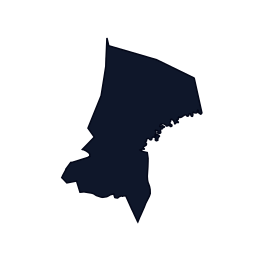 Gawler, South Australia, Australia, rotated 161°
{"feature_id": "25037944B32211395389119", "entity_name": "Gawler", "entity_type": "district", "adm_level": 2, "iso_a3": "AUS", "parent_name": "Australia", "parent_adm1": "South Australia", "projection": "natural_earth1", "projection_center": [138.712, -34.621], "detail": "fine", "context": "isolated", "style": "filled", "palette": "ink", "viewbox_px": 256, "rotation_deg": 161, "n_neighbors": 0, "source": "geoboundaries", "source_scale": "gbopen_adm2", "svg_char_len": 5374}
<svg xmlns="http://www.w3.org/2000/svg" viewBox="0 0 256 256"><g transform="rotate(161 128 128)"><path d="M163.1,66.6L162.4,66.2L162.2,65.9L160.8,65.3L160.6,65.2L160.2,65.3L159.3,65.7L158.7,65.9L158.0,65.9L157.2,66.0L156.3,65.9L156.0,65.7L155.6,65.3L155.2,65.2L154.7,65.3L152.4,64.7L152.2,64.7L150.9,50.4L150.3,45.3L150.3,44.8L149.8,40.1L149.6,38.6L149.5,37.0L149.3,36.0L145.8,40.0L144.8,41.0L138.4,47.9L135.7,51.1L130.2,56.4L128.3,58.8L127.1,62.7L126.7,65.6L126.7,68.3L126.8,69.6L126.6,71.6L126.4,72.7L125.7,75.3L125.4,76.3L121.9,84.7L121.1,86.8L120.0,89.7L118.9,92.8L118.8,93.3L117.8,98.5L121.2,100.6L122.0,101.3L123.2,102.5L122.9,102.6L123.6,103.3L122.5,103.5L122.1,103.1L121.6,103.3L121.3,103.4L121.0,103.4L120.6,103.3L120.2,102.9L119.8,102.7L119.5,102.7L119.4,102.8L119.4,103.1L119.6,103.4L119.9,104.0L120.0,104.2L120.0,104.4L119.8,104.8L119.6,105.1L119.4,105.2L119.1,105.3L117.9,105.5L117.0,105.7L116.6,105.8L116.2,106.1L116.1,106.3L115.8,106.7L115.7,106.9L115.7,107.1L115.7,107.5L116.2,108.6L116.2,109.0L116.0,109.3L115.4,109.6L115.2,109.6L114.8,109.7L114.7,109.9L114.4,110.6L114.2,111.2L113.9,111.4L113.7,111.5L112.9,111.7L112.6,111.7L112.3,111.6L112.0,111.5L111.7,111.2L111.3,110.6L111.1,110.1L111.0,109.8L110.8,109.6L110.7,109.5L109.8,109.3L109.5,109.4L109.2,109.7L108.9,110.0L108.8,110.4L108.5,110.9L108.4,111.0L108.2,111.1L107.8,111.3L107.4,111.3L106.7,111.1L106.2,110.6L105.7,110.1L105.3,109.7L105.1,109.6L105.1,109.1L105.2,108.9L105.5,108.6L105.8,108.4L106.1,107.9L106.1,107.7L105.9,107.3L105.4,106.7L105.0,106.8L104.1,106.6L103.8,106.7L103.7,106.8L103.6,107.0L103.7,107.5L103.5,107.9L103.3,108.2L103.0,108.5L101.8,109.6L101.1,109.8L100.9,110.1L101.0,110.4L101.1,110.7L101.3,110.9L101.6,111.1L101.8,111.5L101.9,112.2L102.0,112.4L102.3,112.6L102.9,112.7L103.4,112.6L103.7,112.3L104.0,111.7L104.3,111.4L104.6,111.3L104.9,111.4L104.9,111.6L104.8,112.1L104.7,112.5L104.5,112.8L104.4,113.0L104.2,113.3L103.9,113.7L103.1,114.3L103.0,114.6L102.9,114.9L102.9,115.6L103.1,116.1L103.2,116.3L103.1,116.6L103.0,116.8L102.8,117.0L102.6,117.0L101.8,116.6L101.0,116.0L100.7,115.6L100.6,115.4L100.7,115.0L100.9,114.6L101.2,114.3L101.3,114.1L101.3,113.9L101.2,113.8L101.1,113.7L100.9,113.5L100.5,113.0L100.3,112.8L99.9,112.6L99.5,112.6L98.9,112.7L98.6,113.0L98.4,113.3L98.3,113.6L98.3,114.0L98.4,114.3L98.3,114.6L97.9,115.4L97.7,115.8L97.5,116.0L97.1,116.2L96.9,116.3L96.1,116.2L96.1,116.3L95.8,116.4L95.5,116.7L94.9,116.8L94.5,116.8L93.7,116.9L93.4,117.0L93.2,117.3L93.3,117.6L94.5,118.7L94.7,118.9L94.9,119.0L95.1,119.1L95.5,119.0L96.5,118.6L96.9,118.6L97.1,118.6L97.5,119.1L97.5,119.3L97.3,119.7L96.9,120.1L96.6,120.3L96.4,120.5L96.0,120.6L95.7,120.7L94.9,120.7L94.5,120.8L94.1,120.8L93.8,120.7L92.8,120.3L92.6,120.1L92.4,119.8L91.4,118.9L91.3,118.4L91.1,117.5L91.1,117.4L90.7,117.3L89.8,117.1L89.4,117.1L88.9,117.3L88.6,117.4L88.2,117.3L87.9,117.2L87.7,116.9L87.6,116.7L87.7,116.3L87.7,116.1L87.6,115.9L87.4,115.6L87.2,115.5L86.5,115.4L86.2,115.4L85.9,115.6L85.8,115.8L85.6,116.1L85.6,116.3L85.6,116.7L85.7,116.9L85.8,117.0L86.2,116.9L86.3,117.0L86.4,117.5L86.5,117.9L86.7,118.2L86.8,118.8L86.8,119.1L86.5,119.6L86.1,120.1L85.9,120.3L85.5,120.6L85.2,120.9L85.1,121.2L85.0,121.6L84.9,122.2L84.4,122.3L84.1,122.3L83.7,122.0L83.2,121.3L83.0,121.0L82.7,120.5L82.6,120.4L82.5,120.1L82.5,119.9L82.5,119.6L82.3,119.0L82.3,118.6L82.3,117.8L82.5,117.2L82.5,116.9L82.4,116.7L82.0,116.7L81.8,116.7L81.6,116.9L81.4,117.1L81.2,117.2L80.6,117.3L80.2,117.3L79.5,117.2L79.4,117.1L79.0,116.9L78.7,116.8L78.5,117.1L78.6,117.3L78.7,117.8L79.2,118.6L79.3,119.0L79.4,119.4L79.3,119.6L78.3,119.7L78.0,119.8L77.7,119.9L77.5,120.1L77.2,120.5L77.1,121.3L76.9,121.6L76.6,121.9L76.4,121.9L76.0,121.6L75.5,121.1L75.2,121.0L74.8,120.9L74.2,120.9L73.8,120.9L72.9,121.1L72.4,121.3L71.6,121.5L71.0,121.6L70.4,121.9L70.1,121.9L69.7,121.9L69.3,121.8L69.0,121.5L68.7,120.8L68.6,120.6L68.4,120.4L68.3,120.1L67.9,119.8L67.4,119.7L67.2,119.7L66.9,120.0L66.6,120.1L66.4,120.2L66.1,120.6L65.9,121.0L65.7,121.3L65.3,121.5L64.9,121.5L64.6,121.3L64.4,121.2L64.4,120.8L64.4,120.2L64.4,119.8L64.3,119.4L64.2,118.8L64.2,118.6L63.8,118.2L63.5,118.1L63.4,118.1L63.2,118.1L62.8,118.7L62.7,118.8L62.5,119.1L62.3,119.7L62.2,119.9L62.0,120.6L61.7,121.2L61.6,121.5L61.4,121.6L61.1,121.7L60.9,121.7L60.7,121.5L60.3,120.9L60.0,120.6L59.1,120.2L58.3,120.0L57.8,120.1L57.6,120.3L57.4,120.5L56.6,122.0L56.4,122.2L56.2,122.2L55.9,121.8L55.8,121.7L56.2,120.8L56.3,120.5L56.4,120.1L56.3,119.5L56.2,119.4L56.0,119.1L55.5,118.3L55.2,118.0L54.8,117.6L54.7,117.4L54.2,117.5L53.9,117.8L53.5,118.0L53.3,118.1L53.2,118.3L49.2,153.4L49.3,153.8L78.8,183.3L119.4,212.0L118.6,220.0L125.6,202.2L125.9,202.4L125.7,202.1L128.9,193.6L134.6,182.8L142.9,167.3L165.9,140.9L162.8,130.4L173.0,125.2L178.2,122.6L177.9,122.3L177.5,122.2L176.8,121.7L176.0,120.9L175.2,120.1L174.6,119.4L174.3,118.9L174.1,118.8L173.6,117.9L173.3,117.6L173.1,117.2L172.9,116.3L172.7,116.0L172.7,115.4L172.8,115.1L173.1,114.5L173.2,113.9L173.3,113.5L174.5,113.5L174.5,113.2L193.2,113.7L193.2,114.1L193.3,114.1L200.1,109.4L199.9,109.1L200.2,108.9L204.8,104.7L206.8,102.6L206.2,101.5L203.7,96.0L195.1,94.8L193.9,94.6L194.3,82.9L191.1,82.1L190.7,82.1L183.6,78.3L182.6,77.6L181.7,76.8L180.1,74.7L179.7,74.3L175.9,71.4L174.5,70.7L170.7,70.0L169.8,70.0L169.2,70.1L168.5,70.2L166.7,70.6L164.8,70.5L163.0,70.3L163.1,66.6Z" fill="#0f172a" stroke="#020617" stroke-width="1.5"/></g></svg>